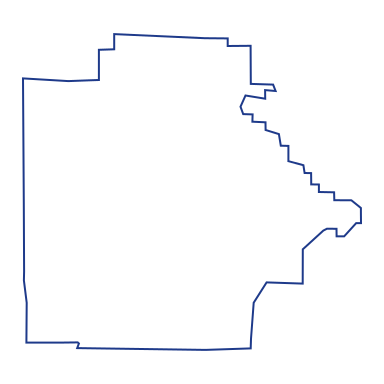 Tuscaloosa, Alabama, United States of America (Robinson projection)
{"feature_id": "52423323B92011906728955", "entity_name": "Tuscaloosa", "entity_type": "district", "adm_level": 2, "iso_a3": "USA", "parent_name": "United States of America", "parent_adm1": "Alabama", "projection": "robinson", "projection_center": [-87.372, 33.307], "detail": "fine", "context": "isolated", "style": "outline", "palette": "blue", "viewbox_px": 384, "rotation_deg": 0, "n_neighbors": 0, "source": "geoboundaries", "source_scale": "gbopen_adm2", "svg_char_len": 850}
<svg xmlns="http://www.w3.org/2000/svg" viewBox="0 0 384 384"><path d="M23.0,78.4L23.8,203.6L24.1,271.6L23.9,280.4L26.7,302.8L26.4,342.6L61.2,342.6L77.7,342.4L78.9,343.5L77.2,348.1L205.5,349.9L250.7,348.4L251.0,338.8L253.7,302.7L266.6,282.4L302.7,283.6L302.8,249.3L323.3,230.6L327.0,228.7L336.5,228.8L336.6,236.3L344.2,236.3L356.2,223.1L361.0,223.1L360.9,212.3L360.9,208.0L351.4,200.3L334.3,200.2L334.1,192.3L318.9,192.0L318.9,184.5L311.2,184.4L311.2,180.9L311.1,173.1L304.6,173.0L303.4,165.2L288.4,161.2L288.4,145.9L280.8,145.7L278.9,134.1L265.6,130.0L265.5,122.3L252.4,121.7L252.6,114.4L243.2,114.1L240.5,106.7L245.5,95.5L265.2,98.7L265.1,90.1L275.6,91.0L273.1,84.6L250.8,83.9L250.6,45.8L227.7,46.0L227.7,38.4L204.8,38.2L114.2,34.1L114.2,49.3L98.9,49.8L98.9,80.0L89.8,80.3L68.4,81.1L23.0,78.4Z" fill="none" stroke="#1e3a8a" stroke-width="2"/></svg>